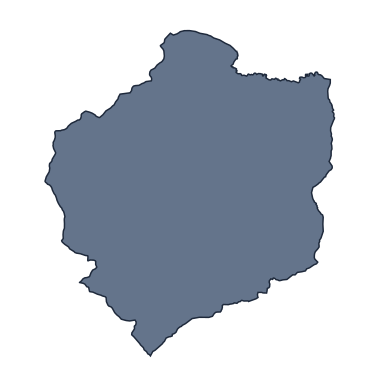 Soveja, Vrancea, Romania (Equal Earth projection), rotated 357°
{"feature_id": "2599482B26543167890011", "entity_name": "Soveja", "entity_type": "district", "adm_level": 2, "iso_a3": "ROU", "parent_name": "Romania", "parent_adm1": "Vrancea", "projection": "equal_earth", "projection_center": [26.665, 46.015], "detail": "fine", "context": "isolated", "style": "filled", "palette": "slate", "viewbox_px": 384, "rotation_deg": 357, "n_neighbors": 0, "source": "geoboundaries", "source_scale": "gbopen_adm2", "svg_char_len": 5874}
<svg xmlns="http://www.w3.org/2000/svg" viewBox="0 0 384 384"><g transform="rotate(357 192 192)"><path d="M313.9,268.6L311.2,265.5L310.7,264.0L310.9,261.5L311.2,259.9L312.0,258.1L314.7,255.3L316.0,253.6L316.1,252.4L316.0,250.4L316.1,249.6L316.9,248.1L316.9,246.5L317.9,245.5L318.5,244.5L321.0,238.1L321.0,231.0L321.7,224.0L321.2,221.8L319.4,220.4L319.2,219.6L317.4,217.3L316.4,215.3L316.3,214.9L316.6,214.2L316.1,213.4L316.1,212.1L315.2,210.9L315.5,209.9L313.6,208.3L313.6,207.6L313.0,206.8L312.2,204.7L311.3,199.0L313.0,193.7L315.4,192.5L318.3,190.6L319.5,189.5L320.8,188.8L325.1,184.0L326.2,183.8L326.8,182.0L327.8,180.7L330.0,178.1L332.2,176.9L333.3,175.3L333.3,173.4L330.5,168.7L332.2,165.3L332.3,164.3L332.8,163.2L333.1,158.3L334.0,156.4L334.0,153.2L333.6,150.9L333.9,149.8L334.8,147.5L334.9,146.4L334.4,144.4L333.9,143.7L334.3,141.3L333.6,138.3L333.9,134.8L337.1,127.8L337.9,126.5L338.2,125.4L337.6,124.5L337.4,123.6L337.8,122.1L337.7,120.8L336.5,119.3L336.4,118.8L337.7,117.6L336.7,115.9L336.4,113.1L336.1,112.9L336.2,112.2L335.3,110.5L334.6,109.7L334.1,107.1L333.1,106.1L332.9,105.1L332.8,98.4L333.2,96.1L335.0,92.7L335.8,90.4L336.0,86.9L330.0,85.6L327.6,82.5L326.1,81.6L324.7,81.4L324.0,80.8L323.8,79.8L323.2,78.9L322.2,78.7L321.4,79.1L320.5,80.7L320.8,81.8L320.1,82.5L319.6,82.2L319.3,81.5L318.0,79.8L317.0,79.4L315.8,79.8L315.3,80.9L315.0,82.1L314.7,82.3L313.1,82.2L313.0,81.5L313.7,80.5L311.7,80.5L311.4,81.1L311.6,82.3L311.5,83.1L310.8,83.6L309.3,83.7L307.8,83.0L305.9,83.0L305.5,83.5L305.3,84.5L306.2,84.9L306.2,85.5L305.3,86.6L305.0,87.9L303.8,88.5L299.1,86.4L297.0,87.1L294.6,85.9L292.7,85.8L292.3,85.0L290.6,83.6L290.3,83.6L290.2,84.3L289.8,84.7L288.1,84.7L286.3,85.6L285.7,85.5L284.8,84.7L283.8,84.8L283.6,84.5L283.7,83.7L282.4,83.5L281.8,82.8L281.3,82.8L280.3,83.8L277.9,83.2L277.4,83.3L276.5,84.3L274.8,84.0L271.9,82.0L272.2,80.8L271.8,80.3L271.8,80.0L272.5,79.4L272.2,78.7L270.5,78.2L269.4,79.7L268.6,79.7L268.5,79.3L268.8,78.7L268.6,78.1L266.5,77.4L264.4,77.2L262.8,78.0L261.8,76.8L260.8,76.6L260.2,76.9L259.1,78.1L258.0,78.1L257.4,77.7L256.4,78.1L254.5,77.2L254.1,77.4L253.3,78.6L252.6,79.1L250.1,78.1L247.9,78.3L247.6,78.1L247.4,77.1L246.6,76.4L244.1,76.3L242.4,75.0L242.3,74.5L243.3,73.4L242.4,72.5L242.9,71.6L242.7,71.3L241.1,70.3L239.6,70.1L239.3,69.1L238.3,69.1L237.7,68.4L237.6,68.1L239.9,66.3L240.3,65.0L241.1,63.7L242.8,61.6L244.1,61.4L244.3,61.0L244.2,59.6L244.7,59.0L244.7,58.3L245.1,57.7L244.5,56.6L244.8,55.9L244.2,54.7L244.1,53.9L243.4,53.8L240.6,50.5L237.6,47.6L233.0,45.2L227.6,41.6L221.7,39.3L218.9,37.2L216.7,36.4L215.3,35.6L208.2,33.9L203.8,31.9L197.9,30.7L192.8,30.5L188.6,31.3L187.4,32.2L185.3,33.3L181.6,34.3L178.7,32.3L173.1,37.7L172.7,38.5L172.2,41.0L171.7,41.7L168.2,44.0L168.1,44.4L168.4,45.1L170.6,47.9L171.3,49.7L171.5,54.8L170.9,57.5L169.3,59.7L168.2,60.7L167.1,61.1L163.8,63.4L161.3,66.4L157.5,68.1L156.3,69.7L155.9,71.4L155.8,72.8L156.5,74.2L157.3,75.2L157.6,76.4L157.5,78.1L157.1,78.9L151.9,79.3L149.2,80.8L148.0,81.0L144.7,82.7L140.9,82.8L139.1,83.2L137.8,84.6L137.2,86.1L137.0,87.5L135.3,89.7L125.3,90.5L123.5,93.4L123.1,95.0L120.4,98.1L118.8,100.9L117.2,101.9L115.1,103.9L110.3,106.5L107.2,110.1L103.9,112.6L103.2,112.8L101.2,111.9L99.9,111.0L99.4,110.1L96.5,108.1L93.9,106.9L90.2,105.7L88.9,106.2L85.9,108.2L85.4,109.2L85.3,110.9L84.8,112.4L84.4,113.2L83.3,114.1L81.6,114.2L79.4,115.4L75.1,117.1L72.0,119.6L70.3,121.8L68.9,122.6L67.6,123.1L65.2,123.4L64.0,123.9L59.4,123.8L58.8,124.1L58.2,124.9L58.1,125.7L58.4,128.8L58.2,130.6L57.2,133.2L56.0,135.1L55.9,137.4L55.6,138.4L56.1,141.4L57.8,145.3L57.8,146.0L57.5,146.9L54.1,152.0L53.7,153.7L52.5,155.1L51.5,155.9L51.2,156.5L50.9,158.6L51.2,160.7L50.5,164.3L47.3,169.2L45.8,173.5L46.2,174.5L47.6,175.8L48.1,176.6L50.1,177.5L51.5,179.1L52.3,180.9L52.7,182.8L54.2,186.4L55.4,188.1L56.3,190.9L56.8,193.3L58.0,196.4L59.8,199.8L61.0,201.1L61.7,203.2L62.7,204.6L63.2,206.4L63.8,210.0L63.2,211.6L63.0,213.0L63.0,216.8L62.7,221.5L61.5,224.2L61.0,227.9L61.0,231.7L59.3,233.7L59.5,234.6L60.0,235.4L62.2,237.6L65.9,240.4L66.8,242.3L71.2,245.4L71.9,246.3L73.5,247.0L77.3,247.8L82.2,249.8L84.5,250.2L84.7,251.3L84.3,254.8L84.6,255.3L86.7,254.6L90.3,254.9L91.7,255.6L92.2,256.2L92.0,259.4L93.0,262.0L91.7,263.5L88.7,264.8L86.9,267.4L85.5,270.6L84.8,271.3L82.8,271.9L80.5,272.1L79.0,272.8L78.3,273.3L76.9,275.0L75.0,276.4L75.0,276.5L78.6,277.5L80.2,278.4L82.0,281.1L83.0,281.4L83.8,281.9L84.3,285.0L84.5,285.9L84.8,286.2L87.8,286.8L92.2,289.1L96.0,290.4L96.8,291.0L100.0,292.1L100.7,293.0L100.8,297.1L102.1,300.5L102.9,301.5L105.1,302.5L105.9,303.3L106.5,304.2L108.5,308.4L110.5,310.8L112.8,312.8L114.7,315.3L119.5,316.9L123.1,317.5L128.4,316.9L129.4,318.8L129.2,320.7L128.7,321.9L127.4,323.0L127.4,325.7L124.6,329.5L124.3,331.4L126.4,333.6L131.9,340.7L132.5,341.9L135.3,344.9L136.0,347.1L138.3,349.1L139.4,351.3L141.0,352.2L141.9,353.5L144.5,349.2L146.7,348.2L154.6,341.9L155.4,340.7L156.6,339.8L158.5,336.5L161.3,335.4L163.0,335.3L164.7,334.7L164.9,333.1L167.2,332.3L168.7,331.2L170.3,328.2L171.2,327.3L172.7,326.2L174.4,325.6L175.4,324.6L178.6,323.1L185.5,318.4L192.9,317.5L202.2,318.1L205.9,317.2L207.9,314.5L209.4,313.4L210.8,313.2L214.0,313.3L214.9,312.3L215.1,311.4L215.6,311.0L216.3,308.7L216.3,307.1L217.4,306.0L222.5,306.4L224.4,305.9L225.5,305.9L227.8,305.5L228.3,304.9L231.1,305.5L232.8,304.1L234.3,304.0L235.7,302.9L236.1,302.8L238.2,303.6L242.2,303.7L242.7,304.3L250.3,302.0L252.4,300.8L252.1,299.4L252.0,297.7L252.7,295.7L256.4,295.9L257.6,296.5L261.2,296.8L261.6,295.3L262.2,292.2L263.8,291.6L264.5,290.7L264.9,288.0L264.4,286.4L264.5,284.9L266.2,282.9L267.9,283.5L268.1,283.4L268.3,282.5L269.2,282.2L270.2,282.7L271.3,283.9L273.0,284.3L274.4,285.1L275.9,285.0L278.1,284.5L282.2,284.3L288.2,280.0L290.7,280.1L293.0,277.8L297.4,277.4L301.2,276.7L302.4,274.8L305.5,273.8L309.9,271.1L312.6,270.2L313.9,268.6Z" fill="#64748b" stroke="#1e293b" stroke-width="1.5"/></g></svg>